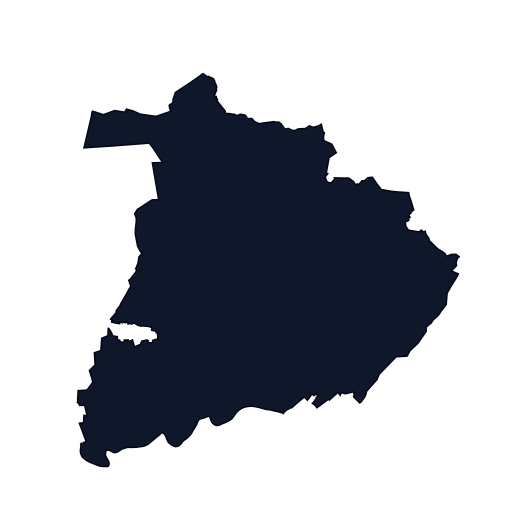 outline of Kocēnu pag., Kocenu, Latvia, rotated 82°
{"feature_id": "27541924B79657792070029", "entity_name": "Kocēnu pag.", "entity_type": "district", "adm_level": 2, "iso_a3": "LVA", "parent_name": "Latvia", "parent_adm1": "Kocenu", "projection": "orthographic", "projection_center": [25.269, 57.512], "detail": "fine", "context": "isolated", "style": "filled", "palette": "ink", "viewbox_px": 512, "rotation_deg": 82, "n_neighbors": 0, "source": "geoboundaries", "source_scale": "gbopen_adm2", "svg_char_len": 6009}
<svg xmlns="http://www.w3.org/2000/svg" viewBox="0 0 512 512"><g transform="rotate(82 256 256)"><path d="M214.5,96.0L212.4,106.1L210.7,113.1L207.6,122.7L200.5,126.7L194.2,129.8L194.0,134.3L196.9,138.4L196.2,139.6L196.2,140.5L199.4,144.1L199.4,144.5L198.7,145.6L199.5,146.7L197.0,149.0L196.4,148.7L195.5,149.4L194.7,150.4L192.9,151.9L191.6,153.7L191.2,157.1L189.5,167.5L190.7,167.3L194.2,171.6L193.2,174.1L192.3,175.4L187.5,176.5L184.4,173.5L183.8,174.9L169.3,170.1L169.1,170.3L168.9,170.3L164.9,162.1L155.8,165.4L151.2,172.7L148.0,172.7L143.4,171.2L143.3,172.1L134.6,173.0L135.9,176.3L136.5,181.3L136.3,181.9L134.6,184.9L134.6,185.6L135.8,187.4L136.6,189.3L136.0,196.5L137.3,200.7L136.7,201.7L136.3,203.2L134.9,204.9L134.1,206.5L134.5,208.8L134.2,209.5L132.8,210.6L128.6,212.7L126.5,214.9L126.5,216.6L126.3,217.4L125.5,219.1L125.5,220.1L125.3,220.6L125.4,220.9L125.3,231.6L125.4,233.4L125.3,234.5L125.1,235.0L124.0,236.4L123.1,238.1L121.8,239.4L120.7,239.9L119.3,240.9L119.0,242.7L119.0,243.7L118.9,243.9L118.8,244.8L118.5,245.3L115.2,246.9L114.5,248.3L114.4,249.3L114.0,249.8L113.4,251.7L114.0,254.2L114.8,255.7L113.3,256.6L112.5,258.1L112.3,258.7L112.7,259.4L112.2,260.5L112.0,260.4L111.1,263.1L110.6,266.5L108.1,266.4L97.5,272.7L95.6,272.7L95.4,272.4L93.4,273.6L92.8,273.1L92.5,273.2L92.5,273.7L92.0,274.4L91.0,274.9L90.7,274.7L90.0,274.9L89.6,274.3L89.6,273.7L87.9,273.4L87.7,272.6L87.4,272.4L85.6,271.9L83.8,271.8L83.5,271.5L82.6,271.3L81.2,271.8L80.2,271.8L79.9,272.1L78.1,272.5L77.6,272.8L76.8,272.6L76.2,273.0L75.2,273.1L74.9,273.5L74.2,273.7L73.6,275.1L72.6,276.3L72.4,277.6L71.8,277.6L71.6,277.9L71.8,278.2L71.6,278.8L70.6,280.7L68.2,282.6L68.5,283.1L68.3,283.3L68.6,283.7L68.6,284.4L68.5,284.5L69.4,285.6L74.3,295.2L82.9,313.1L89.3,316.3L92.2,316.9L92.8,317.3L93.7,319.0L94.0,320.3L95.1,321.1L100.9,320.5L103.8,335.5L99.4,351.0L95.5,357.0L92.5,363.8L95.3,366.0L92.3,375.7L94.8,387.4L89.8,397.7L90.4,398.2L92.7,399.0L92.8,398.8L125.0,411.3L125.7,400.6L126.1,396.0L127.3,379.3L129.4,345.9L130.9,345.2L134.4,343.1L150.0,335.7L150.3,336.2L149.3,345.7L186.3,344.6L186.5,345.5L186.3,348.4L185.9,350.3L186.1,351.6L192.4,364.9L192.6,364.9L193.1,366.7L197.2,370.3L201.8,369.3L206.1,370.0L211.7,371.5L217.7,372.5L229.6,371.9L234.2,370.4L237.8,368.7L240.6,372.1L246.8,373.9L252.0,377.0L252.2,376.6L252.8,376.1L254.5,376.8L255.6,377.7L260.1,382.5L261.0,383.0L261.6,383.8L262.3,385.4L267.2,384.5L267.3,383.7L269.3,384.7L270.7,386.0L276.2,390.1L283.6,395.9L286.3,397.7L290.6,402.0L292.5,402.3L298.3,408.9L298.6,408.7L298.9,407.9L299.2,407.6L299.7,407.7L299.8,407.0L300.2,406.3L300.4,407.8L301.4,408.1L303.1,403.9L304.1,400.4L302.6,400.0L302.4,399.6L302.6,398.8L303.1,398.4L302.7,398.4L302.5,397.2L303.2,396.6L302.9,395.9L303.3,395.8L303.2,395.6L303.9,394.7L303.9,394.2L303.4,394.0L303.2,393.4L303.6,393.3L303.8,392.5L305.5,392.2L305.6,391.2L305.2,390.4L305.5,390.1L305.5,389.5L306.1,388.8L305.5,387.2L305.7,386.7L305.7,385.8L306.8,384.1L308.4,382.5L308.3,381.2L309.2,380.6L309.4,379.9L309.4,379.1L309.5,378.0L310.3,374.4L310.5,373.8L310.6,373.0L311.0,371.7L311.8,370.3L312.1,369.5L312.1,368.8L314.9,369.8L316.6,365.5L318.1,365.5L318.5,364.4L325.0,364.7L324.5,366.6L325.2,370.1L327.4,369.9L327.0,374.4L324.8,374.5L324.6,375.5L323.9,375.6L324.4,381.0L327.4,382.8L329.2,389.0L321.9,390.0L322.7,392.6L322.2,394.4L321.3,394.3L320.9,398.2L323.2,398.2L322.1,402.7L320.5,402.6L319.6,404.8L316.5,404.6L315.1,409.0L311.7,409.8L307.4,411.8L307.1,412.4L314.3,413.7L316.0,420.2L328.1,422.8L329.3,429.5L341.5,430.5L346.2,436.9L353.9,435.6L358.3,435.2L365.2,442.0L364.6,450.9L376.3,453.2L377.0,452.3L379.5,451.4L379.9,446.5L390.4,445.6L390.9,445.6L389.8,448.6L394.3,449.4L397.1,450.1L397.0,454.2L416.5,449.9L416.4,452.2L417.6,452.4L417.8,452.8L417.1,454.2L417.1,454.6L417.8,455.8L418.5,455.6L424.6,457.1L427.1,457.1L430.5,456.2L433.0,454.2L435.1,452.1L437.0,449.4L441.9,440.9L443.1,437.3L443.8,432.6L443.5,431.6L442.5,430.7L441.2,430.3L438.9,430.5L433.7,432.5L432.2,432.9L428.4,431.9L427.6,430.7L427.6,429.1L428.5,427.5L430.7,424.3L431.1,423.0L430.9,420.7L428.5,415.4L427.7,410.7L427.7,409.3L428.4,404.4L428.7,401.2L428.8,394.3L428.6,392.8L427.4,388.9L422.2,380.7L419.9,376.8L418.6,375.0L418.3,374.2L418.1,373.1L418.3,372.6L419.0,372.0L421.5,370.6L426.2,369.5L427.9,368.9L429.3,368.0L431.0,366.2L433.3,363.2L433.6,362.0L433.6,360.9L433.4,359.5L433.0,358.4L432.3,357.3L428.8,353.5L427.5,350.8L426.1,348.6L423.2,345.0L419.6,342.3L415.1,338.5L412.0,336.8L410.8,335.8L410.1,335.2L409.6,334.1L409.2,330.2L408.1,325.9L408.1,325.3L408.4,324.5L409.4,324.0L413.0,323.4L414.7,322.8L416.6,321.3L417.3,320.7L418.5,318.2L418.3,315.5L417.1,311.7L416.7,309.5L415.6,306.3L414.1,303.0L413.7,302.3L408.2,297.1L406.1,294.1L404.6,290.5L404.3,289.4L403.9,286.5L404.0,282.5L404.5,279.7L405.4,276.8L406.2,274.6L409.2,267.7L410.7,262.3L412.0,259.5L413.0,256.4L415.0,252.0L415.8,250.8L415.2,250.4L413.0,247.7L410.9,241.8L411.2,241.5L407.6,236.3L402.4,227.8L406.0,225.1L402.8,221.9L401.4,220.8L400.6,218.9L402.0,218.6L402.3,218.1L401.1,215.4L403.3,214.1L404.4,216.1L405.4,216.1L406.5,217.4L407.5,218.0L409.8,220.7L412.3,218.1L414.8,216.8L407.9,204.2L408.9,203.4L402.5,193.8L405.7,192.0L403.2,190.4L404.9,186.6L404.1,178.4L407.2,178.0L409.0,179.0L416.0,173.7L415.0,172.1L410.6,167.8L408.2,166.4L405.3,165.3L395.3,153.5L390.2,150.4L376.4,132.6L375.3,131.5L376.2,120.4L371.2,116.7L365.0,107.8L354.1,97.8L350.2,97.5L346.5,91.5L344.5,90.0L342.7,87.5L341.0,84.8L338.7,82.3L336.3,80.3L330.6,74.4L319.4,71.9L313.4,67.3L303.3,58.9L301.9,58.1L298.3,64.0L297.6,64.0L293.5,58.8L290.6,58.8L286.7,57.1L285.0,54.9L282.1,57.8L281.6,62.1L281.7,62.7L282.7,67.4L279.6,68.7L275.4,73.5L274.9,74.3L271.9,76.9L266.2,81.2L265.1,82.3L262.7,82.3L258.4,84.5L255.0,85.0L255.6,86.9L254.1,87.9L253.3,88.8L254.5,90.0L254.5,92.2L251.7,101.3L247.5,103.5L242.8,103.4L242.7,102.1L242.3,100.4L241.6,99.5L239.8,99.8L239.1,98.1L236.8,99.1L236.5,98.6L235.9,98.2L235.4,96.9L234.8,97.4L232.3,93.4L220.4,95.2L219.1,95.8L214.5,96.0Z" fill="#0f172a" stroke="#020617" stroke-width="1.5"/></g></svg>